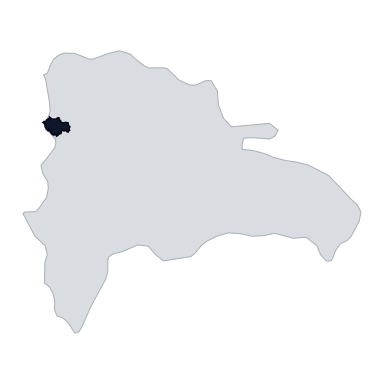 Restauración, Dajabón, Dominican Republic (highlighted)
{"feature_id": "3306468B11586418732368", "entity_name": "Restauración", "entity_type": "district", "adm_level": 2, "iso_a3": "DOM", "parent_name": "Dominican Republic", "parent_adm1": "Dajabón", "projection": "equal_earth", "projection_center": [-71.654, 19.301], "detail": "fine", "context": "in_parent", "style": "filled", "palette": "ink", "viewbox_px": 384, "rotation_deg": 0, "n_neighbors": 0, "source": "geoboundaries", "source_scale": "gbopen_adm2", "svg_char_len": 5165}
<svg xmlns="http://www.w3.org/2000/svg" viewBox="0 0 384 384"><path d="M44.4,283.0L44.9,262.5L47.3,254.2L45.0,245.5L34.8,236.2L28.6,224.2L23.0,213.7L24.3,212.1L35.4,211.7L39.3,207.8L46.8,196.9L48.3,188.2L47.7,181.6L42.8,173.8L40.9,165.5L46.9,158.2L54.7,147.7L55.8,143.6L55.6,139.6L46.5,128.5L45.9,123.7L50.1,111.6L49.7,103.6L45.5,78.7L43.5,75.0L47.5,72.9L50.2,65.5L53.8,58.9L58.5,55.3L63.9,53.1L74.5,53.3L89.3,59.1L93.5,59.0L107.6,53.7L119.4,50.8L130.4,54.1L134.9,58.6L144.1,65.7L148.6,67.9L163.1,67.8L167.0,68.5L179.2,80.2L189.4,84.9L195.3,85.2L205.9,80.6L211.2,80.7L217.3,90.9L218.5,105.3L223.6,118.4L231.4,126.8L269.5,123.3L278.1,130.2L275.2,135.9L269.8,139.0L251.7,137.6L243.7,138.3L242.2,144.0L242.1,149.3L252.8,150.5L263.2,153.2L273.8,157.4L284.7,160.3L296.8,162.2L308.8,165.3L328.8,175.6L351.1,199.2L357.0,204.6L361.0,212.0L359.2,221.1L351.4,236.0L346.9,240.8L340.4,243.7L336.0,249.8L331.7,260.3L329.1,261.2L326.0,260.8L320.7,254.8L316.8,245.7L306.1,237.2L293.4,238.3L274.7,233.3L263.4,235.7L252.1,236.3L240.5,233.7L228.9,232.8L217.3,236.0L206.1,241.5L201.9,245.0L194.7,253.5L190.9,256.6L163.5,260.9L155.6,254.6L148.2,246.1L137.7,245.0L122.4,251.6L112.9,254.0L109.0,256.8L107.8,260.0L107.8,271.9L105.7,279.2L90.8,306.6L82.4,325.9L78.9,331.9L74.9,333.2L67.6,322.0L62.9,318.0L57.1,316.0L54.6,310.1L54.7,301.7L53.2,293.6L49.6,287.2L44.4,283.0Z" fill="#d9dde1" stroke="#a8b0b8" stroke-width="1"/><path d="M66.3,122.5L66.0,122.4L65.8,122.3L65.5,122.3L65.4,122.3L65.1,122.4L65.0,122.5L64.7,122.8L64.4,122.9L64.2,123.0L63.8,122.9L63.7,122.9L63.4,122.7L63.1,122.6L62.9,122.6L62.7,122.7L62.6,122.8L62.4,122.9L62.3,123.2L62.2,123.2L62.1,123.3L61.9,123.3L61.7,123.2L61.5,122.9L61.4,122.6L61.1,122.0L61.0,121.8L60.9,121.3L60.9,121.1L60.7,120.9L60.4,120.8L60.0,120.5L60.0,120.4L59.9,120.3L59.7,119.8L59.6,119.5L59.4,119.1L59.4,118.9L59.3,118.4L59.3,118.2L59.2,118.1L58.9,117.9L58.7,117.7L58.3,117.8L58.2,117.9L58.1,118.0L57.9,118.3L57.7,118.3L57.4,118.3L57.3,118.2L57.2,118.1L56.9,118.3L56.9,118.5L56.9,118.8L56.8,119.0L56.7,119.0L56.4,119.1L55.1,119.1L52.6,119.1L52.3,119.0L52.1,119.0L51.6,118.8L51.5,118.7L51.5,118.8L50.9,118.8L50.9,118.7L50.7,118.4L50.7,118.2L50.3,117.7L50.1,117.6L49.7,117.2L49.7,117.4L49.6,117.6L49.4,117.7L49.4,117.8L49.4,118.0L49.4,118.4L49.2,118.2L49.1,118.7L49.1,118.9L49.0,119.0L49.0,118.8L48.8,118.6L48.7,118.6L48.1,118.9L47.9,119.1L47.6,119.2L47.6,119.4L47.3,119.5L46.7,119.8L46.5,120.0L46.4,120.3L46.3,120.8L46.3,121.2L46.2,121.3L45.5,121.3L45.2,121.4L44.4,121.4L44.3,121.5L44.2,121.5L43.8,121.8L43.6,122.0L43.4,122.1L43.1,122.3L43.4,122.4L43.4,122.6L43.7,122.6L44.0,122.9L44.0,123.4L44.2,123.7L44.5,123.7L44.8,123.7L44.7,123.8L44.7,124.0L44.8,124.1L44.9,124.3L44.9,124.7L45.0,124.7L45.0,125.0L45.3,125.3L45.3,125.5L45.2,125.6L45.1,125.8L45.3,125.8L45.3,125.6L45.4,125.8L45.7,125.8L45.5,126.0L45.8,126.0L45.9,126.5L45.7,126.5L45.6,126.8L45.6,127.0L45.5,127.3L45.9,127.3L46.0,127.4L46.1,127.5L46.2,128.3L46.0,128.7L46.3,128.8L46.5,128.8L46.7,129.0L46.7,129.3L46.6,129.2L46.6,129.4L46.8,129.4L47.0,129.2L47.4,129.0L47.5,128.8L47.5,129.3L47.5,129.5L47.5,129.8L47.5,130.1L47.8,130.4L47.8,130.5L48.0,130.5L48.2,130.9L48.3,130.9L48.2,130.5L48.2,130.4L48.1,130.2L48.3,130.2L48.3,129.9L48.3,129.7L48.5,129.5L48.5,129.3L48.6,129.2L48.8,128.9L48.8,129.2L49.0,129.5L49.0,129.8L48.8,130.1L49.0,130.2L49.1,130.3L49.4,130.3L49.5,130.2L49.6,130.3L49.6,130.5L49.8,130.6L50.0,131.0L50.3,131.1L50.5,131.5L50.4,131.5L50.3,131.9L50.3,132.0L50.5,132.2L50.6,132.5L50.9,132.6L51.0,132.8L51.3,133.0L51.4,133.5L51.6,133.5L51.7,133.3L51.8,133.3L51.9,133.6L52.0,133.8L52.2,133.6L52.3,133.8L52.4,133.6L52.5,133.8L52.4,134.0L52.5,134.0L52.7,133.9L52.9,134.0L53.0,134.3L53.1,134.5L53.2,134.4L53.2,134.1L53.7,134.1L53.8,134.2L53.8,134.4L54.0,134.2L54.0,134.3L54.2,134.7L54.2,134.8L54.3,134.9L54.6,134.8L54.8,134.9L55.0,134.9L55.5,134.8L55.8,134.8L56.1,135.0L56.2,134.8L56.3,134.9L56.5,134.8L56.8,135.0L56.6,135.2L56.6,135.4L56.6,135.5L56.8,135.2L56.8,135.5L56.8,135.3L57.0,135.3L56.9,135.5L57.0,135.7L57.0,135.8L57.4,135.8L57.6,135.6L57.8,135.5L57.9,135.4L58.0,135.3L58.0,135.1L58.3,134.7L58.5,134.5L58.8,134.4L59.0,134.3L59.1,134.2L59.3,133.8L59.5,133.6L59.8,133.5L60.1,133.7L60.4,133.8L60.5,133.8L60.6,133.7L60.8,133.7L61.0,133.4L61.1,133.2L61.3,132.7L61.3,132.0L61.3,131.8L61.3,131.7L61.5,131.3L61.6,131.0L61.7,130.7L61.8,130.4L61.8,130.0L61.8,129.8L61.9,129.7L62.0,129.6L62.3,129.6L62.5,129.7L62.6,129.8L62.7,130.1L62.8,130.2L62.9,130.3L63.1,130.4L63.3,130.5L63.6,130.9L63.9,131.0L64.1,131.0L64.3,130.9L64.7,130.5L64.8,130.4L65.0,130.3L65.3,130.4L65.5,130.4L65.7,130.6L65.9,130.7L66.2,131.0L66.4,131.1L66.6,131.2L66.9,131.5L67.0,131.7L67.3,131.8L67.5,132.0L67.8,132.1L68.0,132.1L68.3,132.0L68.3,131.9L68.4,131.4L68.5,131.2L68.8,130.8L69.6,130.4L69.5,130.2L69.4,129.7L69.3,129.4L69.2,129.2L69.2,128.8L69.2,128.5L69.2,128.3L69.2,128.0L69.3,127.9L69.4,127.7L69.7,127.3L69.8,127.1L69.9,126.9L69.9,126.7L69.7,126.5L69.5,126.2L69.4,126.1L69.2,125.9L68.8,125.8L68.7,125.7L68.5,125.0L68.4,124.7L68.3,124.3L68.3,124.1L68.2,123.7L68.1,123.0L68.1,122.9L68.0,122.7L67.9,122.7L67.7,122.7L66.9,122.7L66.6,122.6L66.3,122.5Z" fill="#0f172a" stroke="#020617" stroke-width="1.5"/></svg>